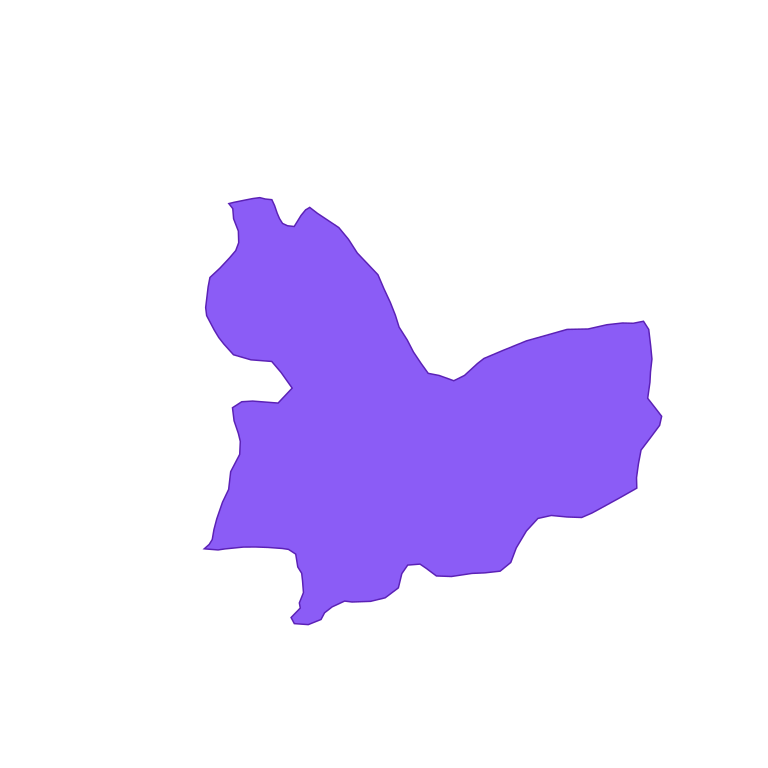 Agstafa District, Ağstafa, Azerbaijan (Albers equal-area conic projection), rotated 142°
{"feature_id": "54616110B36354954300290", "entity_name": "Agstafa District", "entity_type": "district", "adm_level": 2, "iso_a3": "AZE", "parent_name": "Azerbaijan", "parent_adm1": "Ağstafa", "projection": "albers", "projection_center": [45.48, 41.215], "detail": "fine", "context": "isolated", "style": "filled", "palette": "violet", "viewbox_px": 768, "rotation_deg": 142, "n_neighbors": 0, "source": "geoboundaries", "source_scale": "gbopen_adm2", "svg_char_len": 1827}
<svg xmlns="http://www.w3.org/2000/svg" viewBox="0 0 768 768"><g transform="rotate(142 384 384)"><path d="M627.1,364.8L626.3,364.0L616.9,355.4L610.9,352.0L595.1,342.0L585.5,334.6L576.1,326.7L565.5,317.1L561.1,312.5L558.3,304.3L564.6,292.9L565.4,285.5L569.4,279.0L575.9,269.2L585.5,263.6L587.9,259.0L601.0,257.2L602.2,250.4L591.8,241.0L578.6,237.2L571.7,240.3L562.1,240.3L548.7,237.2L543.4,231.9L528.4,221.0L514.7,214.8L498.2,214.5L486.7,223.6L476.8,226.7L466.5,219.9L464.3,213.0L460.9,200.5L449.4,190.8L431.3,180.6L420.8,173.1L407.7,165.0L394.0,165.3L380.7,173.4L362.3,180.5L345.5,183.3L333.1,177.4L321.6,166.5L310.4,157.1L299.6,154.3L270.4,149.5L248.9,146.3L242.7,154.7L232.7,164.4L222.1,173.7L206.9,177.7L192.3,181.7L185.1,187.6L185.0,197.9L185.0,210.4L173.4,221.6L166.6,229.4L157.5,238.7L150.3,250.0L141.8,264.0L140.9,273.4L140.9,273.7L150.2,278.4L158.6,285.3L171.9,293.5L189.3,301.7L206.1,314.3L245.2,330.3L269.5,337.2L289.5,342.6L297.8,342.6L315.3,341.2L327.0,343.6L335.3,356.8L342.6,365.2L342.1,377.4L341.1,391.1L338.6,404.3L337.1,419.5L332.7,431.2L328.8,444.4L325.4,459.1L321.5,473.8L324.4,503.7L322.9,519.9L323.3,535.1L331.4,559.5L333.8,568.9L336.5,569.2L338.5,569.5L345.6,567.9L357.8,563.4L362.6,568.1L365.1,573.0L364.5,578.7L363.0,584.4L360.4,591.9L358.9,598.3L363.6,602.8L367.1,607.3L373.0,610.8L379.3,614.0L390.5,619.6L395.2,621.7L395.2,615.3L400.8,606.8L404.6,594.2L411.5,584.8L418.7,580.4L428.0,578.5L442.1,576.3L455.6,575.1L462.8,568.8L477.5,554.0L481.7,547.0L484.6,530.8L485.6,522.3L485.6,514.1L484.6,499.7L474.0,485.0L458.6,470.9L458.0,456.4L458.9,437.3L479.2,434.2L498.0,451.4L507.0,457.6L518.0,458.6L524.8,447.3L529.2,434.7L532.6,427.2L541.0,417.4L558.8,409.3L571.3,396.6L584.0,390.3L598.8,380.7L607.6,374.0L615.1,367.2L620.5,365.2L627.1,364.8Z" fill="#8b5cf6" stroke="#5b21b6" stroke-width="1.5"/></g></svg>